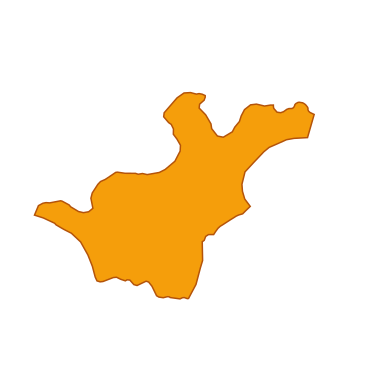 outline of Chinautla, Guatemala, rotated 57°
{"feature_id": "79465075B40156667013427", "entity_name": "Chinautla", "entity_type": "district", "adm_level": 2, "iso_a3": "GTM", "parent_name": "Guatemala", "parent_adm1": "", "projection": "albers", "projection_center": [-90.5, 14.736], "detail": "fine", "context": "isolated", "style": "filled", "palette": "amber", "viewbox_px": 384, "rotation_deg": 57, "n_neighbors": 0, "source": "geoboundaries", "source_scale": "gbopen_adm2", "svg_char_len": 2077}
<svg xmlns="http://www.w3.org/2000/svg" viewBox="0 0 384 384"><g transform="rotate(57 192 192)"><path d="M279.4,252.9L276.5,247.7L271.7,239.0L260.2,226.3L255.2,220.4L239.3,210.5L239.2,208.1L236.7,204.7L236.7,201.4L238.2,199.0L239.5,197.0L238.1,193.9L236.6,190.0L236.1,187.0L236.2,184.1L236.2,180.2L236.2,175.6L236.3,170.8L236.3,168.2L236.7,165.4L237.9,161.4L237.0,157.3L235.8,151.0L226.6,151.6L218.9,149.3L212.7,145.9L204.0,136.6L200.9,124.4L197.4,109.9L196.6,103.0L198.1,94.0L199.6,84.3L202.6,77.2L209.3,65.5L193.5,47.3L189.4,49.8L187.6,50.2L186.0,49.9L184.9,49.1L183.9,48.9L181.3,49.1L180.3,49.3L178.6,50.0L177.5,50.6L175.1,53.2L174.6,54.3L174.4,56.6L174.7,58.0L175.8,59.4L176.5,60.8L176.5,62.5L175.6,64.0L174.8,65.3L174.3,67.5L174.4,69.3L174.5,71.5L173.8,74.4L171.4,77.2L166.4,77.9L164.7,77.2L163.4,76.4L162.8,77.4L161.9,78.7L159.4,84.4L158.2,85.5L153.4,90.1L150.8,95.4L151.5,103.1L155.0,109.3L158.7,113.8L160.9,120.8L163.5,125.4L163.1,135.9L158.9,140.2L149.6,141.0L145.2,139.0L134.7,138.5L125.5,140.3L122.5,137.8L121.6,131.8L119.6,129.2L118.3,128.4L115.5,130.2L113.3,132.5L112.3,135.0L107.8,139.1L104.6,144.8L104.9,153.2L110.4,172.2L113.5,174.8L121.1,173.8L124.0,172.6L129.0,173.2L133.4,176.2L139.4,175.8L146.5,176.2L151.3,179.7L152.4,181.7L156.9,189.6L158.5,202.3L157.8,208.8L153.0,220.1L149.5,223.5L147.8,227.5L145.6,229.2L139.8,238.0L134.7,243.8L134.0,245.3L134.1,249.7L134.2,258.0L133.4,263.0L134.3,266.8L138.5,276.2L142.2,280.2L151.7,284.0L152.3,289.4L150.2,294.3L146.6,297.8L138.4,301.8L135.9,302.1L128.8,306.0L127.8,307.0L123.6,317.3L121.4,320.2L120.2,323.2L119.8,328.2L125.6,336.7L132.8,330.8L143.4,324.2L145.5,323.9L151.7,320.8L154.0,319.6L160.9,315.6L173.2,312.6L188.1,313.6L200.0,316.0L210.6,319.5L214.8,320.1L217.3,318.0L218.6,315.4L220.9,304.6L222.4,301.7L226.3,299.4L230.2,296.3L230.3,294.3L232.0,292.1L238.0,291.2L240.5,289.0L241.8,279.1L243.9,277.4L249.3,276.9L259.7,278.2L262.1,277.0L265.0,273.7L266.4,269.6L267.6,268.1L268.6,267.8L275.1,260.3L275.5,257.5L276.3,256.0L278.9,254.0L279.4,252.9Z" fill="#f59e0b" stroke="#b45309" stroke-width="1.5"/></g></svg>